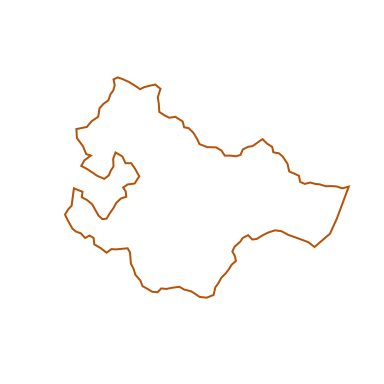 Araçariguama, São Paulo, Brazil, rotated 310°
{"feature_id": "56859067B60900165945810", "entity_name": "Araçariguama", "entity_type": "district", "adm_level": 2, "iso_a3": "BRA", "parent_name": "Brazil", "parent_adm1": "São Paulo", "projection": "mercator", "projection_center": [-47.076, -23.434], "detail": "fine", "context": "isolated", "style": "outline", "palette": "amber", "viewbox_px": 384, "rotation_deg": 310, "n_neighbors": 0, "source": "geoboundaries", "source_scale": "gbopen_adm2", "svg_char_len": 2071}
<svg xmlns="http://www.w3.org/2000/svg" viewBox="0 0 384 384"><g transform="rotate(310 192 192)"><path d="M232.1,61.5L227.8,59.5L224.1,64.2L219.2,66.4L214.6,66.7L208.4,69.0L202.6,67.5L196.8,67.3L189.3,71.8L181.9,69.6L174.2,69.6L165.9,63.0L159.4,69.1L156.9,79.3L153.0,86.6L154.9,91.1L147.0,89.2L140.8,90.4L142.2,96.9L143.5,109.2L145.7,116.3L151.2,117.6L156.4,116.0L161.0,115.5L166.9,110.2L173.1,108.0L174.5,115.8L171.3,122.6L175.0,126.9L173.3,133.1L170.1,141.5L161.6,142.6L156.5,137.9L151.1,136.4L149.8,140.9L146.1,144.7L141.3,141.7L135.0,141.0L129.9,142.1L123.5,142.6L116.6,143.7L113.6,140.7L113.8,135.7L116.1,129.4L118.4,123.5L118.4,116.8L117.1,111.0L121.8,108.0L118.9,99.2L104.1,108.6L99.0,108.3L93.1,109.2L90.7,114.5L87.1,123.8L87.1,128.6L88.9,133.4L88.1,139.7L92.8,141.5L93.5,146.2L89.1,150.8L90.3,158.0L90.6,165.6L96.5,167.0L99.1,170.6L103.2,174.6L107.5,178.9L105.8,183.4L102.5,186.7L97.8,191.2L95.6,196.7L92.2,201.8L91.0,209.3L88.1,214.6L89.1,219.8L90.0,225.6L93.1,230.1L98.3,230.4L101.3,234.7L105.8,238.3L111.3,243.3L112.2,248.7L115.4,255.1L116.6,265.4L120.5,271.2L127.0,274.7L133.9,271.2L138.5,270.9L145.2,269.6L151.4,270.1L156.4,269.9L161.6,269.1L167.5,269.9L170.6,265.9L172.4,261.1L177.5,259.8L185.0,260.9L189.4,260.4L195.0,262.7L194.3,268.6L197.5,271.7L203.6,273.7L209.5,276.2L216.0,280.2L219.5,285.8L221.1,293.5L223.9,300.9L225.9,306.4L228.4,313.6L228.6,321.2L248.8,324.5L264.9,320.0L296.9,308.6L291.5,304.9L289.1,299.0L285.6,294.3L282.4,290.8L280.0,285.0L277.3,281.0L275.3,276.5L270.7,273.2L269.3,268.4L273.2,263.3L271.9,258.8L270.2,253.3L275.0,247.0L277.5,238.6L277.5,233.7L274.7,228.8L278.1,224.4L277.3,218.4L277.8,212.0L272.3,210.5L266.1,208.9L262.8,206.0L257.3,203.6L251.5,205.3L247.6,202.7L244.4,197.8L240.9,193.7L242.7,187.9L241.7,181.8L236.3,175.1L233.5,167.0L235.8,162.2L238.2,155.2L238.8,148.4L236.5,144.4L240.0,139.6L238.9,130.9L234.2,126.8L233.0,121.1L232.3,115.5L238.4,109.7L242.6,104.9L250.8,101.5L250.7,94.8L246.7,91.6L241.4,87.9L237.4,86.1L236.8,79.9L235.8,73.1L233.9,66.3L232.1,61.5Z" fill="none" stroke="#b45309" stroke-width="2"/></g></svg>